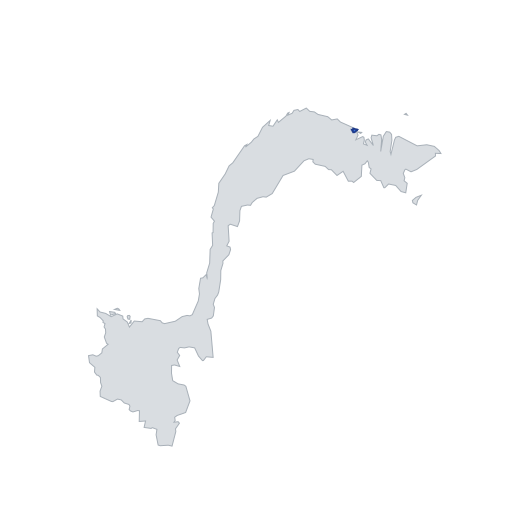 Dat Do, Bà Rịa - Vũng Tàu, Vietnam (highlighted), rotated 232°
{"feature_id": "81297802B14105634475822", "entity_name": "Dat Do", "entity_type": "district", "adm_level": 2, "iso_a3": "VNM", "parent_name": "Vietnam", "parent_adm1": "Bà Rịa - Vũng Tàu", "projection": "orthographic", "projection_center": [107.299, 10.478], "detail": "fine", "context": "in_parent", "style": "filled", "palette": "blue", "viewbox_px": 512, "rotation_deg": 232, "n_neighbors": 0, "source": "geoboundaries", "source_scale": "gbopen_adm2", "svg_char_len": 4859}
<svg xmlns="http://www.w3.org/2000/svg" viewBox="0 0 512 512"><g transform="rotate(232 256 256)"><path d="M312.2,98.3L307.9,98.6L303.3,102.2L297.3,104.5L295.8,111.0L290.7,114.0L288.3,112.5L283.3,113.9L277.9,112.5L279.7,120.0L274.3,125.8L274.9,129.6L273.4,132.5L263.9,140.8L261.1,140.9L259.0,142.3L254.3,152.2L253.7,160.5L251.6,165.1L249.5,167.1L249.0,169.7L256.1,182.8L260.9,188.1L265.6,190.9L272.6,198.6L271.5,200.7L272.0,205.1L268.6,203.8L269.0,204.3L273.0,206.7L278.9,215.1L289.4,223.9L291.1,228.4L301.2,235.6L300.9,236.6L308.1,242.4L309.0,244.7L314.3,244.5L319.3,251.3L320.9,251.3L321.4,254.2L329.5,265.6L336.2,271.5L339.6,282.2L343.6,290.3L343.7,295.0L349.9,314.8L349.5,317.4L348.3,314.8L348.5,322.4L349.5,326.3L349.1,331.2L353.4,340.4L354.1,350.6L351.0,346.3L347.8,349.3L350.2,356.6L347.5,355.9L347.8,365.7L349.1,369.0L348.7,370.4L347.4,367.8L346.2,372.4L347.4,375.6L345.6,379.2L343.0,379.4L341.6,386.7L336.9,387.4L333.6,390.7L329.4,392.0L321.6,398.3L316.6,399.4L314.0,404.4L309.6,405.0L293.2,413.7L291.4,411.6L288.4,410.8L286.1,406.2L284.4,413.6L283.1,414.1L280.6,412.7L278.2,409.7L274.8,411.7L278.6,412.3L279.7,414.3L279.1,416.6L270.8,416.5L278.3,419.5L279.9,421.7L276.3,425.3L276.2,427.8L274.5,429.0L270.4,426.7L261.6,418.6L272.0,430.1L273.8,435.3L271.3,437.6L268.4,437.7L263.5,434.3L255.7,426.0L253.0,424.9L262.2,436.6L263.5,439.2L262.4,442.2L243.6,450.8L238.5,459.1L232.6,464.0L226.3,465.2L222.9,464.8L226.5,460.6L224.3,459.0L225.2,436.0L226.9,430.0L232.2,427.6L232.3,426.4L230.4,422.9L226.1,421.5L224.1,419.0L220.2,419.9L213.6,412.9L217.5,410.0L225.6,409.5L231.1,404.8L230.5,399.5L231.1,398.8L238.6,400.7L241.2,397.7L251.0,396.7L253.8,400.3L256.1,399.7L260.6,402.2L262.5,402.3L261.6,398.6L262.4,395.4L253.9,388.0L253.8,378.2L255.9,377.7L258.1,374.8L269.1,376.8L269.6,369.4L277.6,368.5L279.4,366.4L284.0,365.7L291.9,359.2L295.2,358.8L296.9,360.5L300.1,357.5L301.5,352.5L299.2,338.5L302.8,326.9L295.2,307.2L296.1,300.3L298.4,298.0L300.8,292.3L300.5,286.0L299.3,282.9L301.4,280.7L304.1,275.1L301.6,271.2L293.8,264.7L290.6,259.5L296.9,255.3L297.0,252.7L284.2,243.9L282.0,239.2L279.0,241.0L276.7,239.9L273.7,235.4L272.5,226.8L270.5,225.4L266.2,219.3L259.1,213.6L250.6,204.5L248.9,201.7L247.8,197.5L244.3,192.6L241.0,191.6L235.1,185.5L234.4,182.9L236.1,178.5L231.9,176.3L224.5,174.1L202.5,159.8L207.2,154.8L206.0,150.2L206.5,149.4L212.6,149.1L221.4,151.1L225.6,147.3L227.6,143.1L230.7,139.9L230.7,138.1L228.6,134.7L224.6,134.6L222.6,129.8L215.9,127.9L220.3,124.7L221.7,122.1L215.6,117.2L209.0,113.6L203.2,115.9L198.6,119.9L196.5,120.5L182.5,114.8L176.0,104.2L178.9,95.7L179.0,92.6L176.2,91.1L175.5,89.0L173.4,92.6L171.4,92.7L169.4,86.2L167.0,84.7L157.9,72.8L160.9,70.4L165.5,63.7L167.3,62.5L176.6,67.2L180.4,71.2L184.6,68.6L184.7,67.2L189.8,62.3L194.0,67.4L197.5,62.1L205.8,68.9L207.1,67.6L208.9,63.0L211.2,61.7L213.1,61.5L215.3,64.2L217.2,64.5L221.3,61.7L225.6,61.2L228.5,58.8L229.4,53.5L230.4,52.5L241.2,46.8L245.5,49.9L248.3,54.4L252.0,55.6L256.0,58.6L259.1,58.2L260.2,57.2L264.0,57.3L267.5,60.5L274.4,59.1L280.6,62.7L278.6,66.6L275.4,68.4L274.5,70.4L274.6,74.9L277.3,77.7L277.5,85.1L279.2,84.5L285.6,86.6L288.0,90.3L291.1,92.4L293.6,92.6L295.7,95.4L297.9,94.5L298.9,95.7L303.4,95.3L306.5,94.1L312.2,98.3ZM203.5,413.4L203.7,418.2L202.1,423.7L200.3,417.6L197.4,413.9L201.3,412.4L203.5,413.4ZM302.4,106.4L298.6,110.0L297.1,109.9L299.0,105.0L302.4,106.4ZM287.2,119.6L286.0,119.7L283.9,117.5L285.1,116.3L287.5,117.1L288.0,118.1L287.2,119.6ZM300.2,114.6L298.7,115.3L297.0,115.2L301.0,111.6L300.2,114.6ZM280.9,114.5L282.4,118.2L280.2,116.3L280.9,114.5ZM291.4,412.3L288.3,415.4L288.1,414.0L291.4,412.3ZM276.0,462.1L273.7,462.1L276.2,460.2L276.0,462.1Z" fill="#d9dde1" stroke="#a8b0b8" stroke-width="1"/><path d="M292.7,410.5L292.8,410.4L293.0,410.4L293.0,410.5L293.0,410.8L293.0,411.0L293.1,411.3L293.0,411.5L293.2,411.8L293.2,412.0L293.0,412.3L293.1,412.5L293.1,412.8L292.9,412.8L292.8,413.0L293.0,413.1L293.1,413.3L293.0,413.8L293.0,414.0L293.3,413.9L293.5,413.7L293.9,413.3L294.2,413.0L294.6,412.5L295.0,412.2L295.3,412.1L295.6,412.0L295.8,411.8L296.2,411.6L296.3,411.5L296.2,411.5L296.1,411.4L296.3,411.4L296.4,411.2L296.5,411.0L296.5,410.9L296.4,410.8L296.5,410.8L296.5,410.7L296.4,410.7L296.5,410.6L296.5,410.4L296.4,410.4L296.5,410.4L296.4,410.4L296.4,410.2L296.4,409.9L296.4,409.7L296.3,409.8L296.3,409.7L296.2,409.6L296.3,409.5L296.2,409.5L296.1,409.4L296.0,409.2L296.0,409.3L295.9,409.4L295.7,409.4L295.8,409.3L295.7,409.3L295.7,409.2L295.5,408.9L295.6,409.0L295.7,408.9L295.4,408.8L295.2,409.0L294.9,409.1L294.7,409.1L294.4,409.1L294.3,408.9L294.2,408.9L294.0,408.7L293.9,408.7L293.7,408.6L293.6,408.8L293.4,408.8L293.2,408.9L293.3,408.9L293.2,408.9L293.3,408.9L293.2,409.0L293.0,409.3L292.9,409.4L292.9,409.5L292.9,409.8L292.9,410.0L292.7,410.2L292.7,410.3L292.7,410.5L292.7,410.5Z" fill="#3b82f6" stroke="#1e3a8a" stroke-width="1.5"/></g></svg>